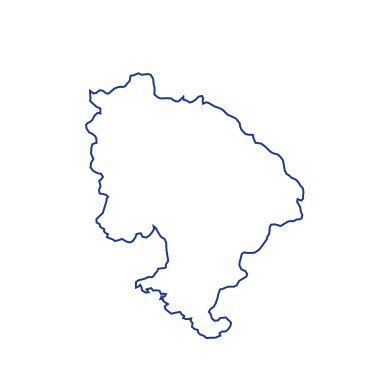 the district of Ribeirão Claro, Paraná, Brazil, rotated 330°
{"feature_id": "56859067B98534601158494", "entity_name": "Ribeirão Claro", "entity_type": "district", "adm_level": 2, "iso_a3": "BRA", "parent_name": "Brazil", "parent_adm1": "Paraná", "projection": "albers", "projection_center": [-49.782, -23.265], "detail": "fine", "context": "isolated", "style": "outline", "palette": "blue", "viewbox_px": 384, "rotation_deg": 330, "n_neighbors": 0, "source": "geoboundaries", "source_scale": "gbopen_adm2", "svg_char_len": 3476}
<svg xmlns="http://www.w3.org/2000/svg" viewBox="0 0 384 384"><g transform="rotate(330 192 192)"><path d="M286.1,205.5L284.9,202.2L281.8,199.2L280.2,196.6L279.1,192.9L277.9,188.7L276.1,184.6L271.5,181.0L271.9,178.3L272.2,176.0L273.3,172.9L269.5,170.6L267.2,168.2L266.0,163.2L266.4,159.5L267.7,156.1L266.8,150.6L265.4,148.2L261.2,142.4L259.9,136.6L257.9,133.3L254.2,129.0L251.1,123.4L249.1,121.4L245.7,121.0L246.6,118.6L248.5,116.5L248.7,113.9L245.4,112.7L241.2,113.9L237.3,114.1L234.7,113.3L233.1,110.2L230.8,107.9L232.1,105.2L229.6,105.9L225.8,106.8L223.3,105.4L221.6,102.8L220.8,100.6L217.3,98.3L213.5,96.3L211.4,95.1L209.7,92.8L208.2,88.7L210.4,85.2L211.7,83.0L212.7,79.5L214.9,74.8L214.9,70.0L213.5,68.3L211.4,67.2L207.2,65.4L204.9,62.4L199.7,61.7L196.9,60.7L193.6,64.6L190.0,65.7L187.2,67.0L184.4,66.5L182.7,65.1L180.4,64.2L176.5,63.6L168.9,65.1L166.8,63.4L165.5,59.8L162.9,57.7L158.6,58.3L155.9,57.4L154.3,53.4L153.1,55.4L151.3,59.5L149.3,62.3L151.8,70.3L154.4,73.9L151.9,78.2L149.8,76.2L145.5,77.3L141.6,79.8L138.7,80.4L136.4,80.0L133.9,80.8L132.4,84.3L132.7,88.7L134.9,92.1L136.1,95.5L135.8,98.0L133.9,101.7L131.7,101.1L129.6,100.8L127.0,103.4L123.8,108.2L123.1,114.1L119.3,116.2L116.5,119.8L116.8,123.3L117.7,125.6L119.3,128.1L122.4,131.0L122.4,134.4L119.6,135.7L117.2,136.0L115.8,141.1L112.3,144.0L111.3,147.1L114.3,149.6L116.2,151.7L116.9,154.2L114.8,155.1L113.1,157.4L104.2,165.6L95.8,167.6L94.1,170.7L95.9,173.6L95.1,176.4L97.3,180.2L96.1,182.2L96.7,184.5L98.1,186.5L95.7,188.6L99.9,193.8L100.7,195.9L104.6,197.1L107.9,197.5L110.0,201.4L111.3,203.1L113.1,204.7L116.1,204.9L120.2,203.1L122.9,200.7L126.9,202.0L126.8,206.1L129.7,208.6L133.7,208.3L137.2,207.0L140.5,205.2L141.6,202.4L142.6,204.7L142.5,210.5L142.6,213.8L143.1,216.3L144.8,219.0L144.2,223.2L142.6,226.2L140.5,230.5L138.5,235.6L137.6,238.4L136.4,240.2L133.2,241.6L131.7,244.1L129.6,243.9L124.4,241.5L122.0,243.4L119.7,243.9L117.3,245.4L114.9,245.8L111.3,243.7L108.1,243.6L101.5,241.7L98.5,242.0L97.3,243.9L95.6,246.8L98.5,247.1L100.7,246.5L100.6,249.3L99.6,252.4L101.5,255.9L104.3,257.1L103.9,253.6L108.5,254.8L109.2,258.1L112.0,259.3L114.5,261.3L114.1,264.9L116.2,265.5L118.4,267.4L116.0,268.8L113.5,267.2L111.1,268.9L113.4,269.8L112.6,272.1L115.1,277.0L111.2,277.3L110.5,280.2L111.8,283.6L113.3,287.1L116.2,287.9L119.6,289.1L121.7,290.0L121.8,292.8L123.3,295.5L121.3,296.7L123.1,298.9L125.1,300.1L128.1,301.1L126.4,302.9L127.0,305.7L124.6,308.8L125.7,312.1L128.0,314.2L127.1,317.0L127.9,319.5L130.5,322.7L131.5,325.7L134.8,327.3L137.8,329.0L139.8,330.0L142.1,330.1L144.7,330.6L145.2,328.0L148.3,327.9L151.4,329.6L154.8,329.0L158.1,327.4L160.5,324.8L158.6,317.6L153.5,315.2L150.4,316.3L147.0,314.6L146.0,311.4L147.2,306.8L146.6,304.3L149.5,302.6L153.4,302.3L156.7,300.4L161.7,296.0L163.3,294.0L167.6,290.4L170.3,291.3L175.6,291.9L181.1,295.0L184.1,295.1L188.3,292.6L196.8,292.4L198.7,290.8L198.7,287.3L196.1,283.7L196.4,279.1L198.7,276.0L201.0,273.9L204.2,270.5L207.2,270.4L209.4,272.5L215.6,275.8L220.7,275.6L223.5,274.7L233.3,270.3L235.1,268.2L237.7,267.1L239.3,265.0L241.6,261.5L244.0,259.8L246.9,261.1L249.0,262.7L251.7,265.8L260.6,265.6L263.3,266.7L265.5,268.2L268.7,268.0L271.1,269.3L273.8,269.6L276.0,267.2L276.4,263.5L278.2,259.1L278.1,253.2L279.9,251.0L282.4,254.1L284.9,253.3L286.6,250.4L288.3,248.1L289.9,244.3L289.1,241.2L289.1,237.2L288.3,233.5L285.2,229.2L284.4,226.2L282.9,223.7L283.2,219.4L284.5,216.1L286.6,210.2L286.1,205.5Z" fill="none" stroke="#1e3a8a" stroke-width="2"/></g></svg>